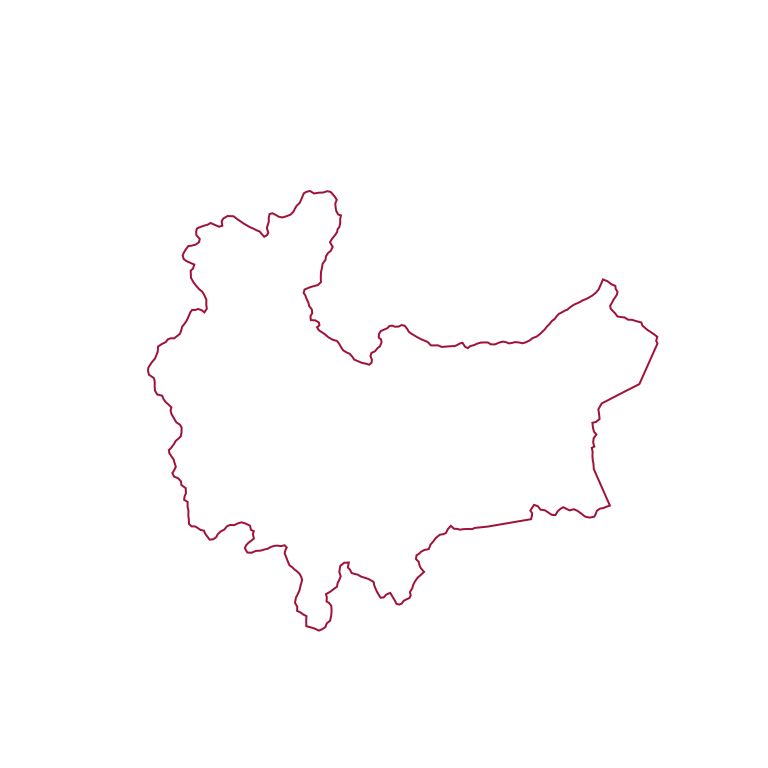 Colatina, Espírito Santo, Brazil (orthographic projection), rotated 319°
{"feature_id": "56859067B84433470504301", "entity_name": "Colatina", "entity_type": "district", "adm_level": 2, "iso_a3": "BRA", "parent_name": "Brazil", "parent_adm1": "Espírito Santo", "projection": "orthographic", "projection_center": [-40.658, -19.472], "detail": "fine", "context": "isolated", "style": "outline", "palette": "rose", "viewbox_px": 768, "rotation_deg": 319, "n_neighbors": 0, "source": "geoboundaries", "source_scale": "gbopen_adm2", "svg_char_len": 6166}
<svg xmlns="http://www.w3.org/2000/svg" viewBox="0 0 768 768"><g transform="rotate(319 384 384)"><path d="M189.2,481.1L184.8,484.3L181.1,486.0L177.5,487.4L173.3,490.7L172.4,495.2L169.6,498.2L171.1,501.6L171.9,505.2L173.2,508.3L169.8,511.8L166.5,515.8L171.1,522.8L173.1,527.4L176.2,528.4L180.3,529.0L183.8,527.1L188.0,527.3L192.5,523.9L195.9,520.5L198.7,516.8L198.9,513.2L198.0,510.4L200.8,507.6L202.4,504.5L206.7,505.4L215.6,506.1L218.6,503.7L221.8,502.5L225.1,500.8L226.9,496.6L229.5,494.3L231.8,492.6L236.7,492.8L240.3,495.7L236.4,498.7L236.5,501.7L235.6,505.5L237.3,508.2L239.0,510.5L240.4,514.5L242.5,517.8L244.2,520.7L245.4,523.8L246.3,526.7L244.6,529.4L243.5,532.5L242.5,535.7L241.8,539.3L241.2,543.0L243.8,544.9L247.6,544.4L251.7,545.7L250.8,550.5L250.1,554.6L249.2,558.0L250.9,560.6L253.5,561.3L256.5,560.5L259.4,561.2L262.8,562.2L265.5,561.1L267.0,558.1L271.5,556.6L274.0,554.9L277.6,553.4L281.8,552.3L291.0,552.1L291.0,547.1L291.8,544.2L293.5,541.0L293.3,537.0L296.2,534.6L299.1,535.1L301.8,534.9L305.5,535.7L309.5,538.0L313.7,535.7L318.2,535.1L322.0,534.2L327.3,534.4L330.3,536.3L333.1,537.1L337.0,535.4L341.4,534.9L341.9,539.2L344.2,541.4L345.8,543.8L349.2,546.0L353.0,549.1L355.2,551.3L358.1,552.2L368.8,559.7L406.3,582.5L408.8,580.8L411.1,578.7L411.3,575.6L414.8,574.5L418.0,573.7L419.9,577.0L419.7,581.5L422.6,584.9L423.8,589.3L424.8,592.9L427.4,595.4L431.5,594.0L435.5,594.0L438.5,594.6L439.7,597.7L441.1,601.1L445.2,603.1L446.8,606.7L447.8,610.9L448.8,616.1L451.6,619.8L455.6,622.1L458.3,621.1L461.6,619.3L465.3,619.8L468.3,621.6L472.0,622.8L474.7,624.0L486.5,585.9L488.5,583.3L490.2,580.9L491.6,578.4L493.9,575.3L497.0,572.0L498.9,568.5L501.7,569.2L503.5,565.3L506.6,562.5L511.1,561.5L511.2,557.7L512.9,554.4L515.8,550.0L519.2,551.7L523.7,551.9L526.8,547.5L529.1,543.8L535.5,541.5L559.5,547.3L576.7,551.6L616.9,532.9L617.8,529.9L621.2,527.7L620.5,524.0L619.3,519.4L618.3,516.1L617.3,509.4L618.6,506.4L615.9,502.5L613.3,498.3L610.3,495.5L609.3,491.7L606.5,488.7L604.5,486.1L604.8,482.7L604.5,475.9L606.0,473.3L609.5,472.2L612.9,470.8L615.6,470.2L618.2,469.4L620.7,467.7L621.3,464.1L623.0,461.7L621.0,457.8L620.1,453.1L617.8,448.7L613.0,451.2L610.4,452.3L607.9,453.5L603.8,454.1L599.1,453.9L594.9,453.1L592.3,452.5L589.1,451.3L585.9,450.7L583.0,449.9L579.6,448.8L575.1,448.2L571.3,448.2L568.7,447.3L564.6,446.5L562.0,445.8L558.8,446.1L555.7,446.9L552.2,446.6L547.9,447.4L544.7,447.5L541.0,448.3L537.6,448.5L534.4,448.6L530.4,448.4L526.4,446.9L522.6,446.7L518.2,445.5L515.2,444.1L513.2,441.3L510.3,438.3L507.8,437.1L505.0,435.4L503.5,432.5L501.5,430.0L498.1,428.3L493.7,426.9L490.6,424.1L489.6,420.8L486.9,418.4L484.1,416.2L480.9,414.7L477.4,413.7L474.0,412.0L470.8,411.9L469.6,409.0L470.3,404.4L467.9,403.2L464.9,402.6L462.2,401.8L459.6,399.6L451.9,393.9L450.1,390.2L446.9,387.6L444.6,385.4L444.7,382.1L443.8,379.2L441.8,375.5L440.5,372.4L439.4,369.4L438.6,366.7L437.6,363.8L437.0,360.8L437.6,357.9L437.9,353.8L436.0,351.1L432.8,350.3L429.9,348.0L428.4,345.2L425.9,343.8L423.2,344.1L416.2,341.9L413.0,343.0L410.5,345.5L411.0,348.4L409.6,350.9L405.6,352.9L402.6,352.7L398.7,353.4L394.9,352.3L392.1,354.0L390.8,357.8L388.5,359.8L385.4,359.7L383.8,356.9L381.3,353.7L377.5,346.0L378.0,342.7L377.9,338.7L376.4,335.4L375.3,331.9L375.7,328.2L376.5,324.5L376.8,320.8L374.3,316.9L372.7,312.3L371.8,306.7L370.1,300.8L370.7,297.2L373.7,297.4L375.2,294.9L373.9,290.9L370.7,287.8L372.9,284.6L376.2,283.5L378.4,280.5L378.7,276.0L380.3,273.1L381.5,268.7L382.8,265.4L383.1,262.5L386.0,260.6L390.4,262.0L393.2,263.1L399.1,266.0L403.3,265.7L406.0,262.3L410.1,258.0L413.0,256.0L416.5,253.0L421.5,251.8L423.8,249.6L427.6,248.4L431.1,248.6L435.2,246.9L436.3,241.5L440.5,240.2L444.4,239.6L448.2,238.6L450.5,236.8L453.3,236.2L456.2,234.1L459.4,230.6L462.1,228.5L460.6,225.9L461.6,221.8L463.2,219.2L465.7,215.8L469.2,214.0L469.8,210.1L469.8,206.9L469.7,203.9L467.6,201.2L463.9,199.7L460.2,196.8L456.2,194.3L454.8,189.8L451.4,188.0L448.6,187.5L443.3,190.1L439.3,192.0L434.8,192.2L431.4,193.4L428.6,194.6L424.7,194.9L419.7,193.1L416.4,191.5L414.3,188.6L413.0,184.7L411.7,181.8L409.1,180.7L406.3,182.7L403.3,186.1L398.0,189.3L395.8,194.0L393.3,194.9L390.2,194.3L390.1,190.8L390.2,187.2L388.8,184.7L387.4,181.1L385.9,178.2L383.2,170.3L382.5,167.3L381.5,163.7L380.5,158.7L376.1,154.6L371.3,153.7L368.3,154.6L365.8,158.5L362.7,157.1L358.7,148.7L355.9,148.2L351.4,146.2L347.3,144.6L344.7,144.0L342.2,145.7L340.1,148.5L340.1,153.7L337.4,155.6L333.6,155.3L329.7,153.5L326.8,151.5L322.4,152.5L319.2,153.5L316.4,154.9L314.8,158.3L315.7,162.0L317.1,165.0L319.2,169.4L315.7,171.5L312.4,171.7L308.0,177.2L307.0,181.9L306.7,186.1L306.7,191.2L307.4,195.0L306.8,198.8L305.3,203.8L302.1,207.3L299.6,211.0L295.4,212.1L294.8,208.7L292.9,205.4L290.1,204.3L287.8,202.2L284.9,202.8L281.1,204.7L276.7,206.7L272.8,207.7L269.1,208.4L266.2,210.5L263.0,212.2L259.2,212.1L255.4,211.8L253.4,209.8L250.3,208.5L246.6,209.2L242.8,208.1L238.1,207.5L234.1,211.4L227.7,214.6L223.9,215.1L219.5,216.2L216.6,217.2L214.4,219.4L212.7,222.9L214.2,228.5L212.8,231.4L209.1,235.7L206.8,238.7L206.0,243.2L208.9,247.3L207.6,251.0L207.4,254.5L207.9,258.5L208.2,262.2L205.6,263.9L203.9,267.2L202.1,276.6L203.3,280.9L202.6,284.2L199.3,287.8L196.3,290.2L192.5,290.4L189.4,290.3L186.2,291.5L181.2,292.6L178.3,292.7L176.5,295.6L175.8,302.7L174.2,306.1L172.6,309.9L169.1,311.4L165.8,312.4L164.8,316.1L166.8,320.0L166.9,324.3L164.8,327.3L166.0,332.5L162.9,336.5L159.9,337.9L157.2,340.2L158.4,344.2L155.2,347.8L153.5,351.0L149.9,355.1L147.6,358.5L145.0,361.6L145.4,365.3L147.9,367.4L148.9,370.2L149.8,373.7L151.9,376.6L150.8,379.9L150.3,387.1L153.4,389.2L157.0,389.5L159.9,388.3L163.9,388.1L168.0,389.1L172.1,388.4L175.4,389.4L178.4,392.3L182.5,393.4L185.7,394.9L187.9,398.3L189.9,403.0L187.9,406.8L189.2,409.6L186.6,411.3L184.4,415.3L181.5,415.2L178.1,414.9L174.3,415.2L171.3,416.6L170.3,421.5L173.2,424.4L178.0,426.0L181.5,428.8L184.7,430.2L188.1,432.0L191.9,432.8L195.5,434.5L197.8,436.3L199.8,438.7L203.2,440.5L203.3,443.6L200.6,444.7L198.0,446.5L196.1,451.8L194.6,456.0L193.7,458.9L194.5,462.0L194.7,465.1L195.4,468.2L195.7,472.0L195.1,474.8L193.7,478.2L189.2,481.1Z" fill="none" stroke="#9f1239" stroke-width="2"/></g></svg>